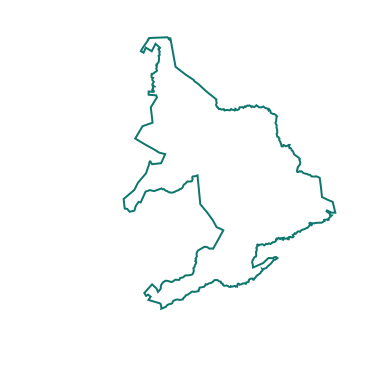 Seke, Mashonaland East, Zimbabwe (Mercator projection), rotated 127°
{"feature_id": "62879985B71906244719276", "entity_name": "Seke", "entity_type": "district", "adm_level": 2, "iso_a3": "ZWE", "parent_name": "Zimbabwe", "parent_adm1": "Mashonaland East", "projection": "mercator", "projection_center": [31.007, -18.303], "detail": "fine", "context": "isolated", "style": "outline", "palette": "teal", "viewbox_px": 384, "rotation_deg": 127, "n_neighbors": 0, "source": "geoboundaries", "source_scale": "gbopen_adm2", "svg_char_len": 5964}
<svg xmlns="http://www.w3.org/2000/svg" viewBox="0 0 384 384"><g transform="rotate(127 192 192)"><path d="M101.5,258.2L102.1,267.9L101.9,280.5L82.3,301.7L82.7,302.4L83.9,301.8L83.9,302.6L83.6,303.0L83.2,303.0L83.2,304.7L94.8,318.9L96.8,318.8L96.8,318.5L106.5,318.1L110.3,317.6L109.9,314.5L104.5,315.8L103.8,308.9L95.6,310.3L96.1,304.3L97.2,304.3L97.7,304.9L98.2,304.7L99.4,302.1L100.5,301.9L102.0,300.3L103.4,300.6L104.2,299.4L107.8,297.0L109.4,296.8L110.5,297.0L110.9,296.7L111.5,297.1L111.9,296.4L112.7,296.5L113.3,295.3L114.9,294.9L116.0,293.1L116.9,293.0L119.2,293.9L120.5,294.1L121.2,294.5L121.9,295.3L122.1,295.2L122.5,294.6L123.2,294.6L124.5,293.5L124.8,292.8L124.3,291.8L125.9,291.5L126.4,291.1L127.0,288.8L130.1,288.4L130.7,287.6L130.3,287.0L130.4,285.6L131.2,286.4L131.9,286.2L132.9,285.3L133.7,285.5L134.3,285.3L134.1,284.1L134.5,283.0L135.1,282.9L137.9,287.1L140.4,285.2L136.4,278.8L137.6,276.9L149.1,275.9L160.4,265.2L169.2,271.1L183.5,269.5L182.1,256.6L180.8,247.7L180.3,241.9L177.9,236.2L187.6,234.0L193.8,240.6L192.7,243.6L192.7,243.9L193.6,244.0L195.8,242.9L204.6,240.0L217.3,240.7L225.1,239.3L238.7,242.4L245.7,235.8L244.5,233.6L245.3,229.9L241.6,226.8L237.0,228.5L232.1,228.7L231.2,226.7L219.6,229.3L215.8,226.7L214.1,222.8L207.5,218.5L207.6,217.3L206.7,216.3L206.8,213.8L206.3,212.6L206.1,210.1L205.4,209.2L204.9,207.9L203.1,206.3L200.4,205.1L198.7,203.8L197.4,203.7L196.0,202.6L193.9,202.2L191.6,202.9L190.8,202.9L189.2,202.3L186.4,202.1L184.6,199.5L183.6,198.7L181.6,199.1L180.1,200.7L179.1,200.7L177.4,198.9L175.4,197.6L196.8,178.0L199.1,168.1L201.9,158.7L205.3,151.1L204.1,146.6L203.8,143.9L224.5,141.0L225.3,142.4L226.8,144.0L226.8,146.3L227.1,147.4L228.5,149.2L235.1,152.0L237.9,151.6L239.5,150.5L240.5,149.3L243.1,149.1L243.6,147.9L245.2,147.8L245.3,146.6L245.8,146.2L247.9,145.6L248.8,145.6L249.9,145.0L252.0,145.1L253.4,143.4L254.2,143.2L254.6,142.7L256.5,142.2L258.0,142.3L260.1,144.0L262.0,146.4L263.1,147.3L265.5,147.7L267.8,149.7L269.4,149.3L270.1,149.5L272.1,152.6L275.1,153.5L276.2,154.1L277.8,158.3L278.7,159.6L279.6,160.1L281.8,160.8L284.6,160.7L285.9,160.2L288.0,158.8L292.2,159.0L290.4,162.3L289.8,168.3L301.1,169.3L301.4,169.3L302.6,166.1L300.4,165.3L300.5,162.0L304.4,161.8L300.3,150.8L300.3,149.8L302.5,147.0L303.7,146.3L299.3,143.7L297.9,143.9L295.8,143.1L293.7,141.3L292.7,140.9L291.2,141.3L290.0,141.3L288.1,140.3L286.6,139.0L285.5,136.7L283.3,134.7L281.9,135.1L280.0,134.6L278.4,134.8L276.2,133.5L273.2,132.5L272.1,132.4L271.3,131.8L270.3,129.9L267.2,127.1L266.8,127.2L266.2,127.8L265.2,127.8L263.8,128.4L260.6,125.4L258.5,125.2L257.4,125.6L256.8,124.2L255.1,123.7L252.9,121.9L251.1,121.3L248.8,121.0L247.0,118.6L247.0,116.4L246.3,115.0L247.1,114.1L246.9,113.5L247.1,112.5L246.8,112.2L247.7,111.0L247.6,110.0L246.8,109.0L246.1,108.5L245.5,106.9L245.4,105.3L244.8,104.2L243.8,104.3L243.7,103.3L242.3,102.0L241.4,101.6L241.3,100.2L240.7,100.1L240.5,99.1L238.1,100.1L237.4,100.0L237.1,99.3L237.5,98.7L237.5,98.3L235.8,96.9L234.6,96.6L233.9,95.6L233.3,95.2L233.0,93.8L231.6,94.2L230.5,93.1L229.8,93.2L229.7,92.8L227.5,93.7L225.8,92.8L224.8,91.7L224.7,91.2L225.2,90.4L224.9,89.9L223.5,90.2L222.6,89.9L219.8,89.9L215.6,88.5L214.2,88.9L212.9,88.5L211.9,88.5L211.3,89.4L211.3,89.2L208.0,86.9L206.3,86.9L201.9,85.9L196.9,85.8L196.0,84.7L193.3,84.0L193.4,85.9L194.4,86.9L196.3,87.7L198.7,91.2L205.9,92.4L215.6,97.8L213.2,100.0L212.0,101.6L210.7,102.3L207.1,102.9L205.9,102.8L205.2,102.1L204.2,102.4L201.3,104.8L201.1,104.6L198.6,105.8L198.6,106.2L197.9,107.0L195.7,107.2L195.2,108.1L194.9,108.1L195.0,107.8L194.1,107.1L194.3,106.4L193.2,106.0L191.3,104.3L191.2,102.2L190.4,101.9L188.8,101.7L188.1,100.1L187.2,100.0L186.8,99.7L186.3,98.0L183.5,97.3L182.8,96.3L181.3,95.6L180.6,95.6L179.2,96.4L178.6,95.5L177.8,96.1L177.2,95.3L176.4,95.1L176.6,93.5L176.4,93.1L175.3,93.2L174.8,92.3L174.4,92.2L173.8,91.6L174.8,91.6L175.5,91.1L175.4,90.5L174.0,90.5L172.3,88.5L171.8,88.3L172.0,87.0L171.6,86.3L171.2,86.4L171.0,87.2L170.2,87.6L169.3,87.3L169.0,86.6L168.6,86.4L168.4,85.3L167.3,84.1L166.4,84.1L165.9,85.0L165.4,85.2L165.4,85.5L164.3,85.1L163.1,85.1L163.0,84.0L160.1,83.8L159.1,83.0L158.9,81.8L157.2,81.8L155.6,81.1L154.6,80.2L151.7,78.7L151.0,78.1L147.7,78.0L146.9,78.5L146.4,79.4L145.8,79.4L145.4,79.0L145.4,78.6L146.9,77.1L146.6,76.5L144.6,77.2L143.5,75.4L142.8,75.2L141.2,73.4L138.4,69.9L136.0,69.1L135.6,68.7L134.8,69.7L132.3,67.3L132.6,66.6L132.0,66.1L130.8,67.0L126.6,66.3L127.4,67.8L126.4,68.8L126.5,72.9L125.5,73.1L124.4,68.0L122.3,65.1L115.2,73.7L116.5,78.6L117.8,85.1L109.1,93.3L103.8,98.6L104.6,102.0L106.5,104.1L107.6,105.9L107.3,108.2L108.2,109.6L108.2,110.6L108.8,112.1L109.6,113.4L109.8,115.0L109.5,116.8L110.4,117.6L110.5,118.4L112.3,119.3L112.6,120.0L111.6,121.3L110.6,121.3L109.5,122.1L108.4,122.4L104.7,122.4L103.2,123.3L101.6,125.7L100.8,125.7L100.4,126.2L100.5,133.0L98.9,135.6L98.6,136.5L98.8,137.3L98.0,138.3L97.6,139.8L98.3,140.5L97.3,141.9L95.7,142.4L96.3,143.2L97.7,143.5L99.1,144.7L99.2,146.9L99.4,147.2L100.8,146.8L101.5,147.7L101.4,148.3L99.9,149.9L99.7,150.6L98.8,151.6L98.2,153.4L96.6,154.4L96.6,155.3L96.1,156.0L96.5,157.1L94.8,159.3L94.6,159.5L93.7,159.5L92.6,160.1L90.5,162.1L89.8,163.2L88.0,164.3L87.4,165.0L87.2,166.1L86.6,166.9L84.7,167.5L81.3,169.6L80.4,169.6L80.5,170.5L80.1,171.1L80.2,173.1L80.9,174.2L81.4,176.8L80.4,177.7L79.6,179.6L80.8,179.8L80.2,181.1L79.7,181.3L80.8,183.9L80.8,186.5L82.6,187.5L83.9,189.2L84.0,192.8L85.2,192.8L86.8,193.5L87.3,195.4L88.4,195.7L88.0,197.1L88.3,198.3L89.0,198.6L89.7,199.9L91.9,200.5L91.8,201.3L93.8,201.5L93.8,202.6L95.7,205.0L97.1,204.4L98.0,204.4L99.4,205.2L99.5,207.4L100.5,206.9L101.2,206.9L101.4,208.3L102.2,209.4L102.2,210.7L104.0,210.9L105.0,212.8L106.8,214.9L107.3,215.1L107.3,215.6L106.7,216.2L106.7,216.5L108.5,218.1L108.5,219.2L109.6,220.6L109.4,221.4L108.8,221.9L109.0,223.4L108.1,225.0L107.4,225.5L106.1,225.8L104.5,227.7L103.4,228.2L103.0,241.8L101.9,252.3L102.1,256.7L101.5,258.2Z" fill="none" stroke="#0f766e" stroke-width="2"/></g></svg>